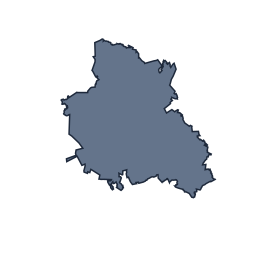 Durango, Durango, Mexico (Mercator projection), rotated 64°
{"feature_id": "50627088B41619620230595", "entity_name": "Durango", "entity_type": "district", "adm_level": 2, "iso_a3": "MEX", "parent_name": "Mexico", "parent_adm1": "Durango", "projection": "mercator", "projection_center": [-104.689, 23.911], "detail": "fine", "context": "isolated", "style": "filled", "palette": "slate", "viewbox_px": 256, "rotation_deg": 64, "n_neighbors": 0, "source": "geoboundaries", "source_scale": "gbopen_adm2", "svg_char_len": 5682}
<svg xmlns="http://www.w3.org/2000/svg" viewBox="0 0 256 256"><g transform="rotate(64 128 128)"><path d="M79.0,75.4L77.3,84.7L76.3,84.5L73.6,86.1L69.6,87.0L69.6,87.7L66.0,85.9L63.3,86.4L63.5,87.5L61.4,86.5L59.2,89.4L58.0,88.2L53.5,91.7L56.6,90.9L55.3,93.6L55.5,94.2L55.1,94.5L54.1,94.4L53.5,95.2L53.4,95.2L53.0,95.6L52.9,95.9L52.5,96.2L52.3,96.0L51.8,96.2L51.3,96.1L51.2,96.3L51.0,96.0L50.6,96.1L50.3,96.6L50.4,97.0L49.5,97.4L49.2,97.9L48.9,98.0L48.7,98.0L48.5,98.6L48.8,99.0L48.4,99.8L48.0,99.9L47.8,100.6L47.3,100.9L47.6,101.1L47.1,104.4L46.7,105.5L46.1,105.3L45.9,106.2L45.2,106.4L44.6,106.5L43.8,106.1L43.3,106.4L42.3,107.8L41.9,107.7L41.5,107.8L41.1,108.6L40.4,109.2L40.2,110.0L39.6,110.5L38.7,111.0L39.0,112.0L38.5,111.7L37.3,111.5L36.7,112.2L37.0,114.8L36.7,120.4L49.1,126.0L48.7,128.0L51.9,127.5L54.2,128.7L60.5,135.1L61.4,134.8L67.8,134.6L67.8,132.9L68.5,132.8L69.0,133.9L71.8,133.0L71.9,135.3L73.0,136.6L73.7,136.8L74.5,137.6L74.2,137.9L74.5,138.3L76.8,139.7L75.5,142.9L75.6,144.2L77.2,147.9L78.5,148.7L73.9,158.1L73.5,158.3L74.8,167.9L73.5,167.4L73.1,167.5L73.0,168.1L73.2,168.4L73.7,168.5L75.2,169.8L75.4,170.9L74.9,171.6L74.8,173.3L73.7,173.6L73.7,174.1L73.4,174.7L73.6,175.8L75.8,175.5L76.7,176.2L77.0,176.3L77.5,176.9L77.9,176.6L78.0,175.5L78.4,175.2L78.1,174.7L78.1,174.2L78.8,173.9L79.7,173.8L80.4,173.5L81.2,173.5L81.4,172.8L81.8,172.9L82.5,173.1L82.5,173.9L83.3,173.6L83.3,173.8L82.7,174.1L83.7,174.4L83.9,174.7L83.3,176.1L83.3,176.6L84.3,176.8L84.2,177.3L84.6,178.0L86.2,178.5L87.0,179.6L87.7,179.5L88.3,179.2L88.5,178.8L89.5,178.4L90.2,177.6L90.3,176.0L90.1,175.3L90.3,174.5L107.7,183.7L110.5,182.1L120.0,178.6L126.4,177.5L125.0,184.3L127.8,186.3L129.8,186.6L128.7,196.8L131.4,197.8L131.1,186.1L141.4,185.8L141.6,182.5L143.1,183.0L147.1,186.4L148.4,186.8L151.0,184.3L149.7,183.3L151.3,181.9L148.9,179.5L157.9,173.9L161.2,176.5L161.7,175.6L162.3,174.9L163.3,172.7L167.1,165.5L167.7,166.2L167.8,166.7L166.7,169.5L167.9,169.9L171.1,169.7L171.1,169.0L171.5,169.0L174.3,169.7L176.7,169.1L176.5,167.8L174.3,167.6L174.3,167.3L173.1,167.7L172.2,167.7L171.1,167.8L169.7,165.2L171.5,165.5L171.8,164.5L171.3,162.4L172.0,162.5L173.8,162.2L174.1,162.6L174.4,162.6L174.5,162.9L175.1,163.1L175.1,163.3L175.4,163.5L176.3,163.4L176.5,164.3L181.0,161.6L180.5,159.8L180.3,159.7L180.2,159.4L179.9,159.3L179.8,159.0L179.3,158.8L179.5,158.3L179.2,158.2L178.7,158.5L178.6,158.2L178.0,158.3L177.3,157.8L176.6,158.5L175.2,158.6L173.9,159.4L173.2,159.5L172.8,159.2L172.8,158.7L169.9,155.9L168.6,156.1L167.8,157.4L166.4,156.6L164.7,156.0L167.6,153.8L167.6,153.2L164.3,151.5L165.0,147.5L166.2,148.4L167.1,148.5L168.4,149.7L172.2,150.6L172.4,149.2L177.3,149.4L180.7,148.8L181.8,144.6L180.5,144.7L181.3,142.4L182.4,142.5L183.3,138.0L183.3,135.6L182.8,134.8L183.2,134.0L182.8,133.5L182.3,132.4L182.5,131.9L182.3,128.2L182.8,126.9L183.2,126.7L183.5,125.8L183.6,123.7L182.7,122.8L183.1,121.5L186.3,122.8L191.8,121.2L191.3,120.4L191.7,119.8L191.6,119.3L191.4,118.8L191.1,118.4L191.3,118.1L191.1,116.9L191.2,115.9L190.7,115.5L190.6,115.0L190.8,114.7L192.3,114.6L195.3,114.7L195.1,114.5L194.7,114.1L194.7,113.6L194.1,111.8L194.1,111.2L194.9,109.8L195.3,108.6L195.9,107.5L195.7,107.4L195.9,107.2L197.6,106.9L198.3,107.8L199.6,108.3L200.0,108.0L200.4,108.4L200.1,108.8L200.4,109.7L200.1,109.7L200.1,110.0L200.5,110.3L200.7,110.9L201.3,111.0L201.0,111.3L201.8,111.2L203.3,109.9L205.3,107.8L207.2,105.5L207.5,105.7L207.9,105.6L207.9,105.4L208.3,105.2L208.6,105.2L209.2,104.9L209.3,105.1L210.2,105.2L210.9,103.8L213.7,101.6L218.1,101.1L219.3,99.7L219.1,99.1L219.2,98.6L219.1,98.2L218.6,98.1L217.5,96.8L216.9,96.6L216.8,96.4L216.2,96.4L216.6,96.9L216.2,97.1L214.8,96.6L214.7,96.2L215.2,95.2L215.3,94.1L214.3,93.6L212.9,93.3L215.3,90.4L214.7,89.2L213.9,88.4L213.3,87.3L212.8,86.9L212.4,85.8L212.6,83.9L212.2,82.4L212.0,77.3L212.6,77.1L212.4,72.2L212.1,72.3L211.9,73.3L210.8,73.2L210.5,73.7L209.3,74.0L208.9,73.8L208.8,73.5L208.5,73.5L208.3,73.1L207.3,73.0L206.7,73.3L206.2,72.9L205.8,73.0L205.7,72.7L205.3,72.7L204.6,73.3L204.1,72.7L203.3,72.4L201.7,73.2L201.8,72.8L201.7,72.5L201.3,72.4L201.4,72.8L200.9,72.7L200.4,73.7L199.9,74.0L199.8,75.3L199.5,75.4L199.3,76.9L194.9,74.0L193.8,77.1L192.5,75.8L192.0,74.9L192.0,74.6L191.3,73.6L191.0,72.7L190.7,72.5L190.5,71.0L188.6,69.7L188.7,69.3L188.5,68.6L188.9,68.5L187.2,66.5L188.5,65.3L187.9,64.6L184.6,67.3L183.6,66.6L183.1,66.9L180.2,64.6L176.9,66.9L176.6,66.1L177.5,65.5L177.3,65.2L178.3,64.5L178.1,64.1L175.5,65.0L174.9,65.5L173.7,65.0L173.0,65.8L172.5,65.3L172.1,65.4L172.5,66.7L170.0,67.8L170.2,68.5L167.4,69.4L166.7,69.2L166.6,69.6L166.1,69.5L165.5,69.2L166.4,66.7L164.4,67.1L164.0,66.7L161.9,66.2L159.4,71.8L154.5,70.1L154.4,69.8L153.0,70.8L153.3,72.1L148.3,74.8L144.3,74.9L143.5,74.2L140.6,73.7L140.7,75.0L139.7,74.8L139.7,73.6L137.1,74.7L136.8,75.0L136.9,75.4L136.4,75.6L135.8,76.7L133.9,74.9L133.4,75.3L133.6,77.6L133.9,78.9L130.7,80.5L131.4,86.8L126.5,86.9L124.7,79.1L123.6,79.0L123.0,77.5L122.8,76.1L122.1,76.3L121.8,76.3L121.4,76.7L120.9,76.8L120.1,75.3L119.7,75.2L122.2,73.0L122.9,72.0L122.9,71.5L123.5,70.9L122.5,70.6L122.3,70.1L120.9,69.9L120.0,69.6L119.7,69.8L118.2,69.7L118.2,70.8L117.2,71.4L115.6,69.6L107.7,71.8L106.9,70.8L103.3,67.7L101.2,64.7L96.2,59.0L90.0,58.2L90.4,59.8L92.3,63.0L90.6,63.0L89.8,62.4L87.3,62.0L87.4,62.7L87.7,62.8L87.5,63.1L87.8,64.4L88.1,64.4L88.1,64.6L87.3,64.8L87.5,64.4L87.2,64.1L83.6,65.0L83.5,65.5L83.6,66.4L83.0,66.4L83.7,67.3L84.5,66.9L85.0,68.5L85.3,68.6L85.6,68.8L86.0,68.6L86.3,69.0L86.8,69.0L87.1,69.4L88.2,69.4L90.2,72.8L91.3,72.3L92.4,75.1L92.2,75.4L91.5,75.5L89.2,75.0L88.3,73.8L87.8,71.2L87.2,70.8L87.0,70.2L79.7,71.4L79.7,72.9L79.0,75.4Z" fill="#64748b" stroke="#1e293b" stroke-width="1.5"/></g></svg>